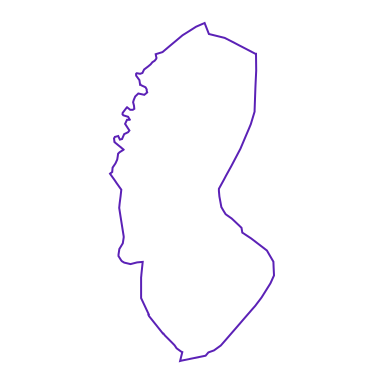 Yarwein Mehnsonnoh, Nimba, Liberia (Albers equal-area conic projection)
{"feature_id": "62588387B90260404265556", "entity_name": "Yarwein Mehnsonnoh", "entity_type": "district", "adm_level": 2, "iso_a3": "LBR", "parent_name": "Liberia", "parent_adm1": "Nimba", "projection": "albers", "projection_center": [-9.092, 6.596], "detail": "fine", "context": "isolated", "style": "outline", "palette": "violet", "viewbox_px": 384, "rotation_deg": 0, "n_neighbors": 0, "source": "geoboundaries", "source_scale": "gbopen_adm2", "svg_char_len": 2447}
<svg xmlns="http://www.w3.org/2000/svg" viewBox="0 0 384 384"><path d="M110.0,173.7L114.8,180.4L116.4,182.8L121.3,189.7L120.6,196.1L119.7,203.0L119.2,207.9L119.5,209.8L120.5,216.3L123.7,236.4L123.7,237.5L122.8,243.3L119.3,249.1L119.3,249.4L118.5,254.6L118.5,254.9L118.5,256.1L121.2,260.4L121.9,261.2L124.2,262.6L130.5,264.1L134.0,263.2L137.1,262.4L142.7,261.9L141.5,273.3L141.2,276.7L141.1,277.3L141.1,293.0L141.1,298.1L148.8,314.5L148.4,314.8L149.1,316.2L162.5,333.0L162.9,333.6L163.4,333.5L164.8,335.4L171.5,342.1L174.6,345.3L176.6,348.3L181.3,351.7L182.3,352.1L180.1,361.0L181.6,360.6L205.1,355.8L205.6,355.7L208.4,352.4L214.0,350.4L220.8,345.5L225.2,340.5L240.7,322.6L243.1,319.8L252.2,309.3L255.2,305.9L261.4,297.7L261.8,297.1L270.4,283.4L271.4,281.2L271.5,281.0L272.7,278.3L273.8,275.9L274.0,275.4L273.6,266.9L273.4,261.7L273.0,261.0L268.8,253.8L267.6,251.7L266.9,250.5L251.1,238.4L242.3,232.6L241.5,227.8L235.1,221.7L231.7,218.5L225.7,214.3L223.7,211.1L221.3,207.0L221.2,206.1L221.1,205.7L219.4,196.5L218.9,191.0L218.9,188.8L223.9,179.7L226.0,175.7L231.2,166.3L240.4,148.8L245.6,136.5L249.1,128.3L250.8,124.2L254.6,111.6L254.6,110.2L255.4,87.7L255.6,83.2L256.2,70.7L256.0,53.8L255.4,53.8L243.9,47.8L241.4,46.5L239.6,45.6L234.5,42.9L224.7,37.9L208.9,34.0L204.6,23.0L196.1,26.7L192.8,28.8L182.5,35.3L178.7,38.5L169.0,46.6L162.5,52.1L155.7,54.2L156.2,56.9L156.5,57.9L156.2,58.8L154.9,60.5L154.3,61.0L152.4,62.2L151.0,63.9L150.7,64.3L148.2,66.4L144.1,69.5L142.4,73.0L140.1,73.8L138.4,73.5L136.8,73.2L136.5,73.4L136.1,73.8L136.1,75.3L136.3,75.9L139.4,80.1L139.5,80.7L140.1,84.7L140.5,84.6L140.6,84.9L142.1,85.7L144.1,86.6L145.5,87.3L145.7,87.6L146.0,88.2L146.7,89.4L146.7,90.8L147.2,92.4L145.9,93.5L144.3,94.8L143.8,94.7L138.3,93.5L135.2,96.5L133.8,99.8L133.1,102.2L134.0,105.7L134.3,108.8L132.8,109.8L130.2,109.8L130.1,109.7L128.5,108.4L127.0,107.3L126.6,107.7L122.7,112.8L122.6,113.4L122.5,114.3L123.3,115.3L127.8,116.7L128.1,116.8L129.8,119.7L129.7,119.8L127.7,119.8L127.0,119.8L125.5,123.0L125.1,123.9L129.4,130.5L128.1,132.2L126.3,133.1L124.2,134.1L122.4,138.2L122.1,139.0L121.0,139.3L119.9,139.6L119.3,138.4L118.2,136.0L114.9,136.9L114.2,138.1L114.0,138.4L114.3,140.6L114.4,141.8L114.7,142.0L114.7,142.3L123.6,149.6L123.5,149.8L121.2,151.2L119.5,152.3L118.6,153.2L118.1,153.7L117.7,156.7L117.2,159.6L115.6,163.1L115.2,163.8L112.6,167.6L112.2,172.0L111.2,172.8L110.3,173.4L110.0,173.7Z" fill="none" stroke="#5b21b6" stroke-width="2"/></svg>